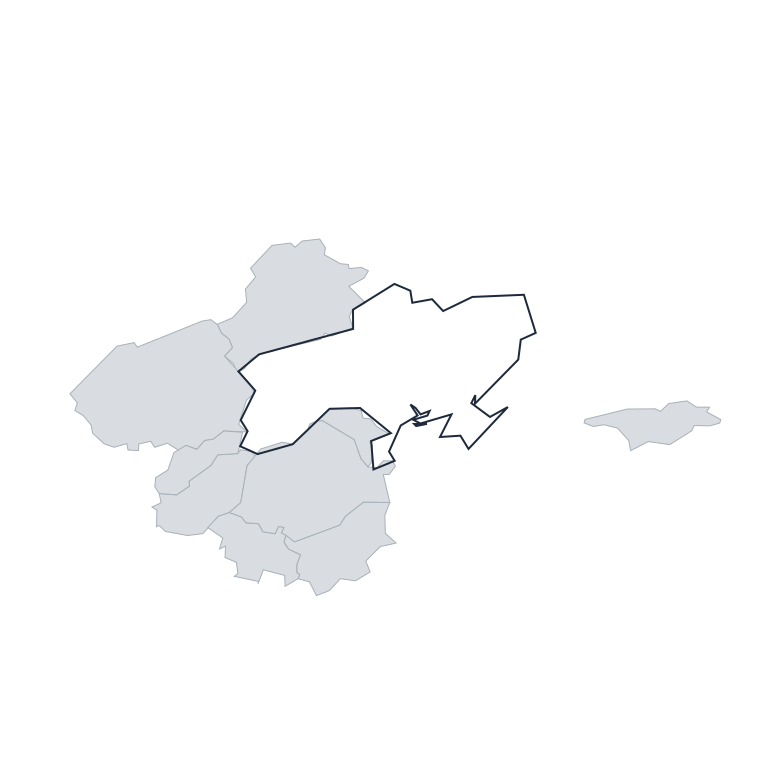 Ukraine highlighted among its neighbors, rotated 336°
{"feature_id": "UKR", "entity_name": "Ukraine", "entity_type": "country or territory", "adm_level": 0, "iso_a3": "UKR", "parent_name": "Europe", "parent_adm1": "", "projection": "natural_earth1", "projection_center": [31.244, 48.371], "detail": "coarse", "context": "with_neighbors", "style": "outline", "palette": "slate", "viewbox_px": 768, "rotation_deg": 336, "n_neighbors": 9, "source": "natural_earth", "source_scale": "50m", "svg_char_len": 4247}
<svg xmlns="http://www.w3.org/2000/svg" viewBox="0 0 768 768"><g transform="rotate(336 384 384)"><path d="M338.1,211.8L356.0,217.3L358.4,222.8L367.4,220.1L384.2,225.4L385.8,235.8L382.1,241.7L393.0,256.3L400.0,260.3L399.0,264.3L410.7,268.3L415.8,274.2L409.0,279.1L391.6,280.4L400.0,302.2L385.0,303.6L379.6,308.5L378.4,319.9L355.5,318.8L350.9,313.5L344.2,317.4L286.5,306.5L272.9,307.0L263.1,313.1L254.6,314.0L254.7,304.0L249.6,293.6L260.3,289.0L260.7,280.1L256.2,271.6L255.9,261.7L272.6,261.9L291.7,253.5L296.1,240.9L310.4,233.9L309.1,224.0L338.1,211.8Z" fill="#d9dde1" stroke="#a8b0b8" stroke-width="1"/><path d="M255.9,261.7L256.2,271.6L260.7,280.1L260.3,289.0L249.6,293.6L262.8,333.8L260.7,340.1L251.8,342.8L234.9,361.7L239.1,371.9L218.6,361.8L205.6,365.0L197.3,362.7L186.5,367.6L178.0,359.5L170.5,362.6L162.0,350.0L148.8,348.6L147.6,341.5L135.6,339.0L132.6,344.9L123.3,340.2L124.8,333.9L111.7,332.0L103.9,324.7L97.8,310.3L99.8,302.5L96.4,290.5L90.8,282.5L96.2,276.5L93.1,265.2L155.6,240.8L172.6,244.6L173.6,250.0L243.2,252.5L252.0,254.8L255.9,261.7Z" fill="#d9dde1" stroke="#a8b0b8" stroke-width="1"/><path d="M226.2,385.7L235.9,392.0L236.9,398.1L225.7,402.9L204.9,434.1L190.2,438.5L178.9,437.5L157.7,447.0L142.9,442.5L124.3,429.8L121.2,422.0L118.2,421.8L125.2,407.0L122.0,402.0L132.1,401.9L134.1,392.6L149.4,400.9L164.7,398.1L166.4,393.5L192.9,387.9L203.3,381.1L222.2,388.1L226.2,385.7Z" fill="#d9dde1" stroke="#a8b0b8" stroke-width="1"/><path d="M307.4,390.4L323.8,384.7L344.3,392.7L352.3,398.9L351.0,406.6L357.5,410.4L360.1,420.0L368.4,431.6L347.3,431.3L348.6,435.5L340.3,450.7L335.6,453.3L332.5,442.7L334.1,422.7L312.9,392.6L307.4,390.4Z" fill="#d9dde1" stroke="#a8b0b8" stroke-width="1"/><path d="M335.6,453.3L343.7,457.5L352.3,453.8L360.6,457.8L361.0,463.7L352.1,468.7L346.5,466.5L341.1,494.6L317.1,483.7L295.3,489.1L286.1,495.0L237.9,491.9L229.7,478.3L234.1,474.3L229.7,471.4L223.7,476.6L213.3,469.9L212.3,460.4L201.4,454.9L199.6,447.6L190.2,438.5L204.9,434.1L225.7,402.9L244.9,393.2L267.4,395.8L275.6,401.4L295.2,395.7L299.9,390.3L307.4,390.4L312.9,392.6L334.1,422.7L332.5,442.7L335.6,453.3Z" fill="#d9dde1" stroke="#a8b0b8" stroke-width="1"/><path d="M232.9,482.3L237.9,491.9L286.1,495.0L295.3,489.1L317.1,483.7L341.1,494.6L331.4,504.2L324.5,520.9L330.3,534.2L314.4,531.0L295.3,538.4L294.9,550.0L277.9,552.2L265.0,544.1L250.0,550.5L236.2,549.8L235.4,534.4L226.3,526.9L229.5,523.6L227.6,520.8L230.9,513.4L238.2,506.1L229.6,496.1L228.2,487.6L232.9,482.3Z" fill="#d9dde1" stroke="#a8b0b8" stroke-width="1"/><path d="M551.0,500.9L553.2,498.1L596.2,505.9L621.9,517.1L625.3,521.4L636.3,517.7L653.8,522.6L660.0,532.2L672.0,537.6L667.4,540.8L677.2,553.5L674.8,556.2L664.7,554.8L650.5,548.1L646.1,551.9L620.4,555.6L602.0,544.1L582.2,545.2L584.6,535.2L579.4,519.3L568.4,510.7L558.0,508.0L551.0,500.9Z" fill="#d9dde1" stroke="#a8b0b8" stroke-width="1"/><path d="M235.2,370.6L222.2,388.1L203.3,381.1L192.9,387.9L166.4,393.5L164.7,398.1L149.4,400.9L134.1,392.6L132.8,384.6L137.3,376.7L151.5,374.7L164.2,361.2L178.0,359.5L186.5,367.6L197.3,362.7L205.6,365.0L218.6,361.8L235.2,370.6Z" fill="#d9dde1" stroke="#a8b0b8" stroke-width="1"/><path d="M164.6,443.5L178.9,437.5L190.2,438.5L199.6,447.6L201.4,454.9L212.3,460.4L213.3,469.9L223.7,476.6L229.7,471.4L234.1,474.3L229.7,478.3L232.9,482.3L228.2,487.6L229.6,496.1L238.2,506.1L230.9,513.4L227.6,520.8L229.5,523.6L226.3,526.9L211.4,528.6L215.4,518.4L198.2,504.7L187.5,515.4L189.1,513.4L169.0,498.8L173.4,497.8L176.6,486.9L168.2,477.9L173.3,467.7L166.6,467.8L174.1,459.1L164.6,443.5Z" fill="#d9dde1" stroke="#a8b0b8" stroke-width="1"/><path d="M456.0,437.0L467.4,457.2L487.8,455.4L434.8,477.7L432.8,462.3L413.6,455.2L433.3,439.2L401.2,434.9L396.2,428.6L410.8,430.5L414.7,427.2L405.0,426.6L403.1,418.8L399.8,413.5L401.9,426.4L382.4,428.7L361.1,447.8L362.5,458.5L339.6,457.8L349.1,430.8L370.3,431.7L352.4,396.2L324.2,384.5L276.1,401.9L240.0,396.6L227.3,382.4L240.2,371.6L238.4,358.7L263.7,337.7L256.1,313.3L282.0,306.1L378.2,321.1L385.9,303.5L434.2,296.8L446.0,309.5L442.9,321.3L462.4,326.1L467.7,341.4L500.1,340.4L548.1,359.4L543.4,399.0L527.0,399.1L516.6,416.3L459.1,439.0L462.9,431.3L456.0,437.0ZM407.0,437.9L396.3,435.5L395.3,432.8L407.0,437.9Z" fill="none" stroke="#1e293b" stroke-width="2"/></g></svg>